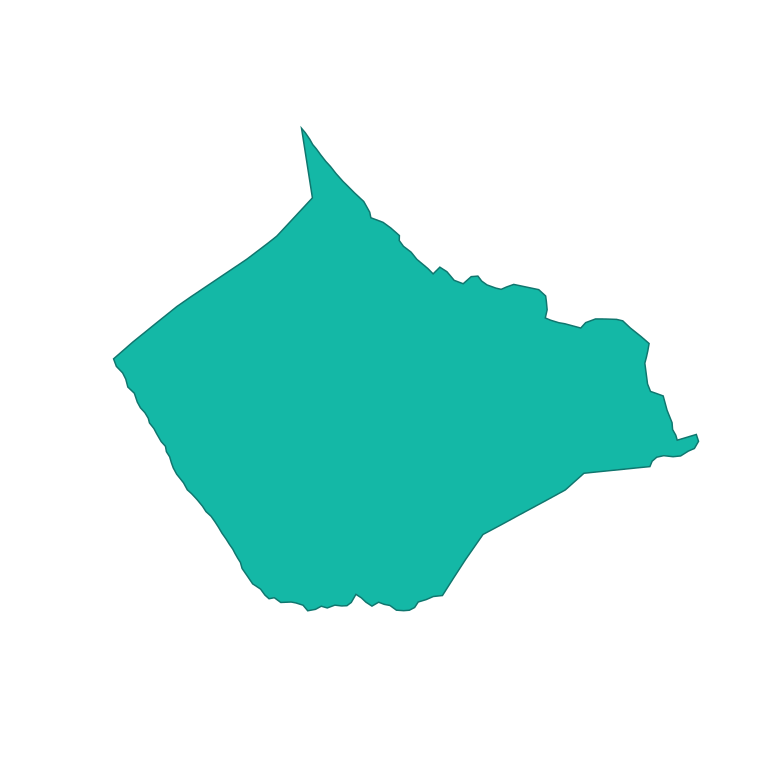 outline of Cajazeiras, Paraíba, Brazil, rotated 230°
{"feature_id": "56859067B23087761715459", "entity_name": "Cajazeiras", "entity_type": "district", "adm_level": 2, "iso_a3": "BRA", "parent_name": "Brazil", "parent_adm1": "Paraíba", "projection": "orthographic", "projection_center": [-38.549, -6.93], "detail": "fine", "context": "isolated", "style": "filled", "palette": "teal", "viewbox_px": 768, "rotation_deg": 230, "n_neighbors": 0, "source": "geoboundaries", "source_scale": "gbopen_adm2", "svg_char_len": 2163}
<svg xmlns="http://www.w3.org/2000/svg" viewBox="0 0 768 768"><g transform="rotate(230 384 384)"><path d="M144.6,590.8L152.5,572.5L157.2,574.6L163.6,575.8L169.2,579.8L182.0,584.0L195.4,590.2L201.8,586.5L207.0,583.4L214.6,585.9L232.3,597.2L235.9,602.3L239.9,607.5L244.6,613.1L255.2,611.4L268.6,608.7L278.9,607.5L284.0,603.7L291.9,594.9L297.9,587.8L301.4,577.9L300.4,570.7L307.7,565.6L314.0,561.2L318.6,557.3L325.7,552.7L330.9,550.0L336.0,556.7L342.8,561.4L347.5,564.4L356.8,563.2L376.9,547.4L379.6,540.1L381.2,534.6L385.6,531.3L393.7,526.6L400.0,525.0L406.3,525.3L410.2,519.8L409.9,509.1L418.3,504.4L429.4,504.4L437.6,501.9L436.8,492.4L444.4,491.8L458.3,489.3L467.6,489.5L477.0,487.4L484.1,487.9L487.8,491.2L499.1,489.5L508.4,487.2L519.8,480.8L524.8,483.5L536.8,485.8L549.8,484.2L558.3,483.5L565.6,482.8L576.2,482.5L584.9,482.8L592.1,482.5L600.4,482.8L607.5,483.3L613.3,483.3L619.0,484.4L626.9,485.2L632.9,485.2L572.6,448.8L567.8,410.1L566.2,396.9L566.5,385.6L567.8,359.0L574.9,292.6L576.5,275.1L577.1,246.2L577.6,218.6L577.1,193.0L569.5,190.3L560.5,190.9L553.7,189.3L546.3,185.8L537.4,186.8L528.7,183.4L522.3,182.1L515.8,182.4L509.3,181.4L504.9,179.3L497.8,179.1L492.2,177.9L483.1,176.3L476.7,176.5L472.0,173.8L466.0,173.0L460.3,170.5L455.1,168.6L448.2,167.2L437.1,166.9L429.4,165.3L423.7,166.1L415.6,166.5L407.1,166.4L400.7,165.6L393.8,166.5L386.7,165.9L380.4,165.1L373.9,164.0L366.8,163.4L360.3,162.5L354.6,162.0L349.7,160.9L344.7,160.0L339.6,159.3L333.9,156.7L324.1,155.8L315.3,154.9L306.3,157.6L298.8,157.1L293.4,157.9L290.8,162.6L283.0,164.5L276.7,172.7L272.9,175.8L266.6,179.8L259.3,179.8L255.4,186.7L254.1,193.1L248.9,196.6L246.2,204.2L241.2,208.9L238.0,213.1L237.7,218.5L240.9,227.3L234.7,229.2L228.5,229.9L221.6,232.0L220.3,239.6L215.1,242.5L210.5,246.2L202.8,248.1L197.7,253.4L194.4,258.0L193.1,263.8L195.0,270.1L191.7,277.8L189.5,285.2L184.4,292.8L190.6,312.4L197.1,333.6L205.1,363.1L200.4,385.4L197.1,401.9L190.3,434.8L186.3,454.8L187.1,479.8L182.5,486.6L157.2,523.8L149.8,534.6L152.5,539.8L152.6,545.9L149.3,552.2L142.5,558.7L138.2,565.0L137.0,573.9L135.1,580.4L137.9,588.1L144.6,590.8Z" fill="#14b8a6" stroke="#0f766e" stroke-width="1.5"/></g></svg>